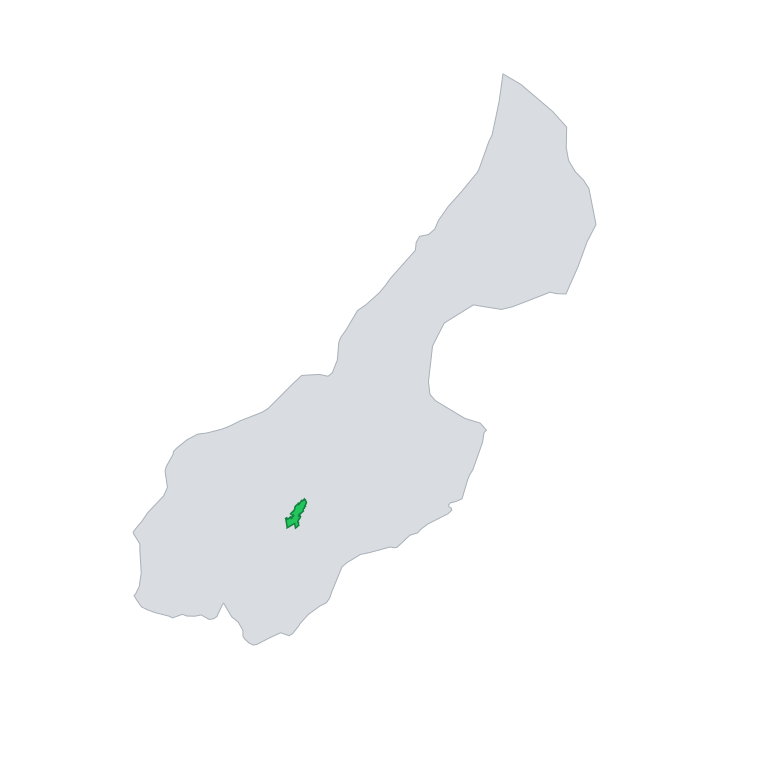 Sarkaņu pag., Madona, Latvia (highlighted), rotated 126°
{"feature_id": "27541924B13907440389179", "entity_name": "Sarkaņu pag.", "entity_type": "district", "adm_level": 2, "iso_a3": "LVA", "parent_name": "Latvia", "parent_adm1": "Madona", "projection": "equal_earth", "projection_center": [26.346, 56.915], "detail": "fine", "context": "in_parent", "style": "filled", "palette": "green", "viewbox_px": 768, "rotation_deg": 126, "n_neighbors": 0, "source": "geoboundaries", "source_scale": "gbopen_adm2", "svg_char_len": 5049}
<svg xmlns="http://www.w3.org/2000/svg" viewBox="0 0 768 768"><g transform="rotate(126 384 384)"><path d="M562.4,514.6L557.9,514.1L545.0,510.6L534.2,505.4L527.8,498.6L516.6,489.2L509.3,484.4L497.8,478.4L478.6,466.1L471.7,463.3L437.7,458.0L425.4,455.6L414.2,441.8L410.6,433.8L405.1,432.4L399.0,434.1L392.3,435.7L376.9,445.0L371.9,446.4L362.4,446.5L340.2,448.6L330.2,445.1L312.7,441.4L303.2,440.8L294.7,440.9L257.4,437.2L250.5,441.2L243.6,442.0L237.0,435.8L228.7,434.0L219.5,436.1L202.8,436.4L183.0,434.4L157.8,432.9L154.1,433.5L125.8,441.8L118.8,443.0L87.8,456.9L63.2,470.0L61.2,449.1L64.4,407.7L68.8,387.2L85.9,375.3L94.6,366.1L99.9,353.8L101.8,342.4L105.5,333.0L130.4,306.2L149.5,303.3L175.4,295.9L204.2,289.7L209.5,297.5L212.1,303.6L246.1,325.5L254.7,332.9L267.5,358.2L299.3,371.1L324.7,367.1L335.8,360.8L356.2,349.3L365.3,340.8L367.3,332.7L364.3,298.2L359.1,283.3L361.1,274.0L364.6,274.5L373.2,270.0L401.3,261.7L406.9,261.4L413.3,259.7L431.0,253.4L436.7,256.7L441.3,260.5L444.0,260.6L445.2,259.1L444.9,256.7L446.2,255.0L451.2,255.9L471.6,266.3L479.4,268.7L484.8,269.4L491.2,274.2L508.7,277.5L510.8,280.0L512.1,283.1L528.5,296.3L535.8,302.9L550.4,309.0L556.6,310.5L582.1,304.3L589.2,302.1L595.1,302.1L601.1,305.3L614.7,309.7L627.1,311.1L629.4,310.8L639.8,311.2L643.5,312.9L646.0,321.4L658.0,328.1L669.1,333.6L672.0,336.2L672.9,341.1L672.2,346.9L670.9,349.9L666.3,353.3L662.3,362.0L661.9,370.4L655.6,384.8L657.1,385.1L670.5,382.5L674.3,384.0L677.3,387.2L678.3,396.2L682.8,400.3L687.4,406.7L688.8,411.7L697.5,417.6L698.2,421.5L703.6,435.1L705.8,442.9L706.8,449.0L704.3,456.7L702.1,461.9L699.4,461.6L691.7,463.0L679.6,469.3L661.5,484.2L656.9,487.5L652.2,498.9L651.1,500.0L640.5,499.5L637.6,499.2L627.0,499.5L603.8,496.5L594.8,498.5L583.1,510.0L578.5,511.7L564.8,513.3L562.4,514.6Z" fill="#d9dde1" stroke="#a8b0b8" stroke-width="1"/><path d="M557.2,377.8L549.8,374.5L549.5,374.3L549.4,374.2L552.0,371.6L552.2,371.3L552.6,370.9L551.1,370.5L550.8,370.4L550.5,370.4L550.3,370.4L548.6,370.0L548.3,370.3L548.0,370.4L548.0,370.5L548.0,370.4L547.9,370.5L547.3,371.2L546.7,371.7L546.4,371.7L546.5,372.3L546.4,372.3L546.1,372.8L545.9,372.8L545.6,372.8L545.2,373.1L544.8,373.0L544.3,373.2L544.1,373.2L544.1,373.4L543.8,373.5L543.5,373.6L543.4,373.6L543.2,373.5L543.0,373.4L542.9,373.4L542.9,373.2L542.5,373.1L542.3,373.1L541.9,373.2L541.6,373.2L541.2,373.4L540.8,373.4L540.3,373.6L540.2,373.6L540.0,373.9L540.0,374.0L540.1,374.4L540.6,374.8L540.9,375.0L541.1,375.2L541.2,375.4L541.1,375.6L540.6,375.8L540.2,375.9L539.5,375.9L539.2,375.9L538.9,375.9L538.9,375.7L538.7,375.8L538.4,375.8L538.4,375.7L538.5,375.7L538.4,375.5L538.2,375.5L537.8,375.3L537.8,375.2L537.7,375.2L537.7,375.3L537.5,375.2L537.3,375.1L537.2,375.1L537.3,375.2L537.2,375.2L536.9,375.2L536.8,375.3L536.1,375.0L535.5,374.8L535.4,374.8L535.2,374.7L534.4,374.6L534.1,374.5L533.9,374.7L533.8,374.8L533.7,374.9L533.6,375.1L533.4,375.4L533.3,375.5L533.1,375.6L532.9,375.8L532.5,375.9L532.2,375.8L531.7,375.7L531.4,375.5L531.3,375.4L531.2,375.4L531.0,375.5L530.9,375.5L530.6,375.7L530.3,375.9L530.0,375.8L529.9,375.8L529.7,375.9L529.5,376.0L529.4,376.0L529.2,375.9L529.2,376.0L529.1,376.3L529.0,376.2L529.1,376.3L528.8,376.4L527.1,376.6L526.8,376.7L526.6,376.7L526.6,376.8L526.3,376.9L525.3,377.2L525.1,377.7L524.9,378.1L524.6,378.6L524.6,378.8L524.6,379.0L524.4,379.1L524.2,379.3L523.9,379.5L524.0,379.7L524.1,379.8L524.0,380.5L523.8,380.8L524.5,380.9L524.6,381.0L524.8,380.9L525.0,380.9L525.3,380.9L525.4,381.0L525.5,381.0L525.8,381.1L526.0,381.3L526.3,381.4L526.3,381.5L526.4,381.8L526.5,381.7L526.5,381.8L526.8,381.8L526.9,382.0L527.0,382.0L527.3,382.1L527.6,382.3L527.8,382.1L529.8,382.1L531.0,382.1L531.3,382.2L531.5,382.1L531.8,382.1L531.9,382.3L531.7,382.4L531.6,382.5L531.3,382.6L531.2,382.7L530.9,382.8L530.6,383.1L530.8,383.3L531.5,383.2L531.8,383.2L532.5,383.4L532.8,383.4L533.4,383.6L533.7,383.6L533.8,383.6L534.8,383.9L535.0,383.9L535.0,383.7L535.3,383.7L535.5,383.7L535.8,383.7L536.0,383.7L536.3,383.5L536.5,383.3L536.7,383.2L537.0,383.1L537.4,382.8L538.1,382.8L538.4,382.6L538.5,382.6L539.5,382.4L539.9,382.5L540.0,382.4L540.2,382.5L540.3,382.8L540.5,382.8L541.2,382.8L541.7,382.8L541.8,382.9L541.9,383.0L542.0,383.1L542.3,383.1L543.1,383.2L543.3,383.2L544.0,383.3L544.0,383.2L544.0,382.2L544.0,381.8L544.0,381.4L544.0,380.7L543.9,380.6L544.0,380.4L543.9,380.4L544.2,380.1L544.2,379.9L544.1,379.7L544.5,379.8L544.9,380.2L545.6,380.0L546.5,380.0L546.5,379.9L546.5,379.7L546.7,379.8L546.6,380.1L546.6,380.3L546.6,380.5L546.8,380.5L546.7,380.6L546.5,380.8L546.4,381.0L546.8,380.9L546.9,381.0L547.2,380.9L547.3,381.0L547.5,381.1L547.3,381.1L547.1,381.4L546.7,381.4L546.7,381.6L547.2,381.5L547.4,381.8L547.5,381.9L547.8,381.9L548.0,381.7L548.5,382.0L548.8,382.0L549.8,382.4L550.5,382.7L550.7,382.8L550.3,383.3L550.0,383.6L549.9,383.8L549.5,384.0L549.4,383.9L549.3,384.0L549.5,384.2L549.8,384.2L549.9,384.3L550.0,384.3L550.6,384.5L550.6,384.4L554.3,380.7L555.0,380.0L555.1,379.9L555.4,379.6L556.2,378.8L557.0,377.9L557.2,377.8Z" fill="#22c55e" stroke="#15803d" stroke-width="1.5"/></g></svg>